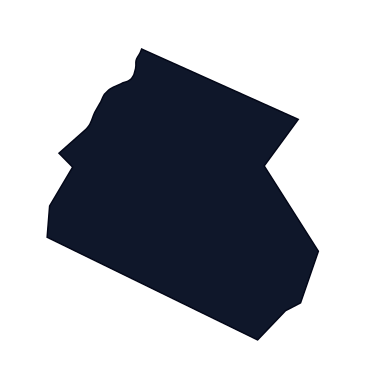 Enfield, Albers equal-area conic projection, rotated 198°
{"feature_id": "GBR-2067", "entity_name": "Enfield", "entity_type": "London Borough", "adm_level": 1, "iso_a3": "GBR", "parent_name": "United Kingdom", "parent_adm1": "", "projection": "albers", "projection_center": [-0.041, 51.645], "detail": "fine", "context": "isolated", "style": "filled", "palette": "ink", "viewbox_px": 384, "rotation_deg": 198, "n_neighbors": 0, "source": "natural_earth", "source_scale": "10m", "svg_char_len": 716}
<svg xmlns="http://www.w3.org/2000/svg" viewBox="0 0 384 384"><g transform="rotate(198 192 192)"><path d="M83.9,71.6L315.8,104.2L323.1,134.7L313.2,178.8L330.5,187.8L313.9,216.0L312.2,218.9L311.6,220.2L310.4,223.5L310.0,225.3L309.6,229.0L309.4,234.3L309.1,237.7L307.0,247.9L306.6,249.4L306.1,254.7L305.8,256.4L305.5,257.9L302.7,263.3L301.7,264.7L299.2,267.4L293.0,272.9L291.5,274.5L288.3,276.7L286.9,277.9L285.8,279.3L284.8,280.7L284.4,281.8L283.8,284.1L283.5,285.7L283.8,291.8L284.4,294.8L285.5,298.1L285.8,299.7L285.8,301.5L285.5,303.3L284.8,306.1L284.4,308.0L284.2,309.9L284.1,312.4L113.4,293.9L131.4,239.1L53.5,174.7L54.5,120.1L66.4,108.0L83.9,71.6Z" fill="#0f172a" stroke="#020617" stroke-width="1.5"/></g></svg>